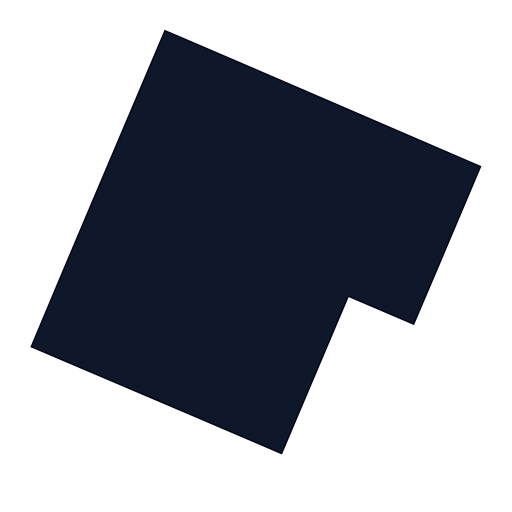 Rice, Minnesota, United States of America (Albers equal-area conic projection), rotated 113°
{"feature_id": "52423323B99924975008254", "entity_name": "Rice", "entity_type": "district", "adm_level": 2, "iso_a3": "USA", "parent_name": "United States of America", "parent_adm1": "Minnesota", "projection": "albers", "projection_center": [-93.255, 44.37], "detail": "fine", "context": "isolated", "style": "filled", "palette": "ink", "viewbox_px": 512, "rotation_deg": 113, "n_neighbors": 0, "source": "geoboundaries", "source_scale": "gbopen_adm2", "svg_char_len": 333}
<svg xmlns="http://www.w3.org/2000/svg" viewBox="0 0 512 512"><g transform="rotate(113 256 256)"><path d="M423.9,427.4L427.3,427.4L427.5,255.1L427.8,155.3L256.9,155.4L257.1,84.3L203.4,84.2L86.0,84.3L84.5,342.1L84.2,427.8L168.3,427.8L253.4,427.8L341.5,427.7L423.9,427.4Z" fill="#0f172a" stroke="#020617" stroke-width="1.5"/></g></svg>